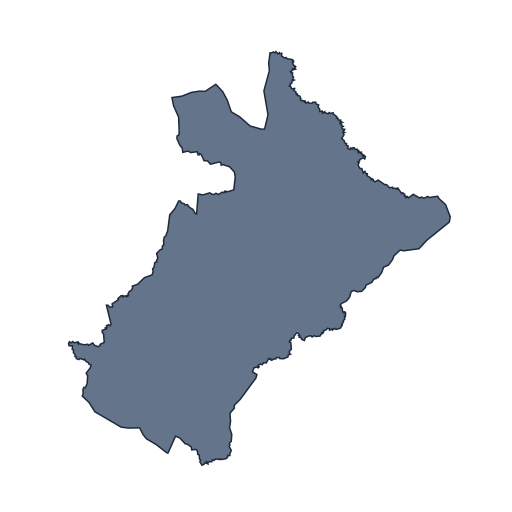 the district of Kut Chum, Yasothon, Thailand, rotated 82°
{"feature_id": "78962969B41263158681984", "entity_name": "Kut Chum", "entity_type": "district", "adm_level": 2, "iso_a3": "THA", "parent_name": "Thailand", "parent_adm1": "Yasothon", "projection": "orthographic", "projection_center": [104.274, 16.063], "detail": "fine", "context": "isolated", "style": "filled", "palette": "slate", "viewbox_px": 512, "rotation_deg": 82, "n_neighbors": 0, "source": "geoboundaries", "source_scale": "gbopen_adm2", "svg_char_len": 6096}
<svg xmlns="http://www.w3.org/2000/svg" viewBox="0 0 512 512"><g transform="rotate(82 256 256)"><path d="M249.3,59.8L244.1,58.2L231.5,61.1L224.9,66.6L222.1,67.8L222.2,76.3L220.9,77.6L222.2,81.7L220.6,83.9L221.4,85.7L216.8,91.7L219.6,96.8L218.3,97.8L219.0,98.6L217.8,99.2L218.5,99.6L216.9,100.7L215.6,100.2L213.8,101.9L214.4,103.1L208.6,106.0L209.5,106.8L209.2,107.7L208.6,107.2L208.0,111.2L206.9,111.2L207.0,114.3L203.5,116.7L203.2,118.6L197.8,124.5L199.1,127.8L197.4,129.6L196.5,129.3L195.6,130.3L196.4,131.3L194.4,131.8L191.9,134.9L190.0,134.3L189.7,135.7L187.3,136.4L188.7,138.2L184.1,139.1L183.8,140.8L182.0,141.7L179.6,142.2L178.2,141.0L177.0,142.1L176.4,140.2L175.3,140.1L174.3,138.3L174.0,136.3L175.0,134.8L172.9,133.8L171.7,134.6L172.1,135.7L171.0,135.6L171.3,136.7L169.2,136.8L169.0,137.9L167.8,137.4L167.9,139.1L166.4,139.5L167.7,140.2L164.3,141.0L164.5,142.9L162.7,143.4L162.2,144.8L163.1,145.2L162.4,146.8L163.1,146.4L162.8,147.4L163.7,148.0L162.1,150.3L159.9,149.4L158.8,151.3L157.5,150.6L156.2,152.4L153.8,152.7L151.6,154.8L148.1,151.9L145.7,152.7L145.8,151.4L145.2,152.2L143.1,151.8L143.7,151.0L142.9,150.5L142.2,152.9L140.3,153.2L139.8,151.6L138.2,153.3L137.0,152.9L136.8,154.3L135.1,154.1L135.4,152.2L134.2,153.6L133.3,153.2L132.6,155.7L131.1,155.6L130.6,157.1L129.5,156.5L125.8,159.9L124.9,159.7L125.1,162.6L124.1,163.5L125.2,164.8L123.5,167.9L123.7,169.5L122.9,168.6L123.2,170.3L121.7,170.2L121.8,172.8L119.5,172.5L116.9,173.8L115.2,172.9L113.6,175.5L111.3,175.5L112.2,175.9L111.6,178.2L112.7,179.5L111.9,182.3L110.8,182.8L111.5,185.2L109.3,185.8L109.1,186.5L110.1,186.6L108.4,188.3L108.5,189.6L107.5,190.4L106.4,189.6L103.7,190.4L102.9,192.3L101.4,192.5L101.7,193.5L98.7,193.8L97.5,195.6L95.5,194.4L95.2,197.5L92.2,198.3L92.3,199.2L89.9,197.6L90.1,196.7L87.8,195.9L87.1,193.7L86.3,195.2L84.2,193.9L82.6,194.9L79.8,194.3L79.3,195.9L78.1,196.2L78.0,195.0L75.9,193.8L76.8,193.2L76.6,191.6L76.0,192.8L75.3,190.7L74.1,191.3L73.7,190.5L72.2,192.3L69.2,192.9L69.1,191.8L68.1,191.6L67.9,192.6L66.6,192.5L65.0,197.6L63.6,198.6L63.9,200.0L61.6,202.8L58.8,202.3L59.0,204.5L58.0,204.6L58.9,206.1L56.4,207.8L57.5,208.6L56.3,210.4L57.2,212.5L56.7,213.8L66.8,216.6L74.4,217.0L93.6,225.2L117.9,224.5L131.4,229.8L131.3,232.6L126.4,243.8L116.0,252.7L109.8,260.4L97.6,262.8L88.6,266.1L80.4,271.9L85.9,283.5L84.9,288.8L85.0,297.1L87.4,307.2L87.4,317.2L95.8,316.7L107.7,313.3L123.4,314.9L125.7,315.9L126.1,317.4L128.7,318.0L135.7,316.0L138.8,314.1L143.2,314.0L142.6,308.9L144.5,306.1L144.5,299.8L147.8,299.3L147.9,297.9L146.8,297.5L148.0,296.0L154.4,294.2L155.0,290.8L158.8,288.3L157.8,279.5L158.8,277.9L161.3,277.8L160.8,276.3L163.9,269.8L169.9,265.7L174.9,265.6L187.4,268.8L188.5,275.3L187.7,276.6L188.5,277.5L187.6,277.9L188.7,278.8L188.1,280.6L189.9,284.6L188.3,287.0L189.2,288.8L188.8,291.0L187.0,292.9L188.1,300.1L186.5,304.6L206.1,309.0L205.6,310.2L201.1,311.9L198.6,315.1L195.6,316.8L195.6,319.1L194.1,320.0L192.9,322.7L191.1,323.1L190.7,324.9L197.6,329.5L203.2,335.7L218.6,339.9L223.6,342.6L224.5,344.2L227.8,345.4L232.1,345.7L232.8,347.1L236.2,348.1L236.4,349.9L239.6,354.1L244.3,353.5L246.8,355.2L248.0,355.0L248.4,357.2L252.9,358.5L254.4,360.2L257.0,360.0L260.2,361.5L261.9,369.5L267.6,377.3L268.6,382.7L270.5,382.7L272.5,384.1L273.5,386.4L275.6,388.0L277.1,387.8L277.2,389.2L278.0,388.7L278.4,389.8L277.3,391.1L278.0,393.7L276.7,393.3L276.6,395.3L279.0,398.7L280.1,398.3L283.4,405.2L286.4,405.0L286.3,407.9L284.1,409.5L283.9,411.0L303.5,409.0L304.9,410.3L303.4,411.4L304.3,413.9L305.8,413.4L306.3,415.2L307.3,414.2L308.2,418.7L310.3,418.9L311.8,417.8L320.4,418.3L321.8,422.7L323.0,422.9L323.8,425.1L321.9,428.4L319.4,429.8L321.2,434.4L320.0,434.9L320.0,438.6L318.0,443.6L318.6,444.1L317.1,444.8L317.2,443.6L316.3,444.0L316.6,448.2L315.2,449.4L316.3,451.1L314.9,452.7L316.5,453.8L318.8,453.7L319.6,450.2L322.9,451.0L323.7,449.8L326.3,450.3L328.5,448.8L330.4,449.3L331.1,447.8L332.6,448.2L333.9,445.9L333.0,444.5L334.9,440.9L334.2,440.3L337.0,438.8L338.3,436.7L340.0,436.4L341.0,434.5L343.7,435.7L348.4,440.5L351.2,439.4L358.9,441.0L362.7,443.3L362.1,444.6L363.9,445.9L368.7,446.4L370.5,447.6L377.8,441.7L387.8,437.3L406.7,413.4L408.6,406.4L410.0,395.1L416.9,392.8L421.7,390.0L429.0,380.9L438.8,371.4L438.9,370.6L423.2,360.7L425.7,356.7L432.3,352.1L432.4,350.7L435.9,346.8L439.1,346.6L439.1,342.8L440.4,341.2L444.3,341.3L445.2,339.9L449.3,340.2L450.4,339.2L451.9,340.3L455.7,338.6L454.9,336.3L453.6,335.4L455.1,332.7L453.0,333.3L454.0,331.8L453.1,330.7L453.6,328.5L451.8,327.5L452.6,326.2L451.3,324.0L452.4,320.9L451.8,319.9L452.7,319.2L452.6,314.0L451.1,311.9L449.7,311.8L449.9,309.6L448.6,309.7L445.1,307.5L440.9,309.1L439.7,308.2L437.8,308.5L436.1,306.3L429.3,304.8L422.4,306.1L416.2,304.2L408.2,303.7L403.5,298.5L401.0,298.5L395.6,291.4L376.9,273.1L373.5,271.6L370.2,275.6L366.4,273.5L366.1,270.5L367.1,269.4L366.2,268.3L364.7,269.2L363.6,266.9L364.5,264.9L362.8,263.4L363.3,260.7L359.3,257.7L360.2,256.7L359.8,255.8L360.8,255.9L361.5,254.9L360.5,253.0L360.7,250.7L359.6,250.4L359.6,247.3L360.9,246.7L361.6,243.1L360.4,238.4L358.6,237.9L358.0,235.5L357.3,236.4L355.1,236.2L353.1,233.9L346.3,233.6L345.8,234.9L344.5,234.4L344.2,233.0L342.6,232.7L342.4,229.8L340.8,229.6L338.0,226.7L338.2,225.1L340.4,223.8L340.8,224.8L341.3,224.0L342.4,224.5L342.8,223.1L345.1,222.2L346.4,219.9L343.5,218.3L342.6,215.1L342.6,212.8L344.0,211.7L343.0,209.3L344.0,208.0L344.2,203.7L342.0,201.9L342.0,200.8L341.1,201.2L340.8,199.6L339.2,199.4L338.9,196.7L337.5,195.4L338.1,193.4L339.7,193.5L338.9,190.9L340.0,190.6L338.6,188.4L339.9,187.0L339.2,182.5L336.3,180.1L335.5,180.7L333.5,178.5L332.0,178.6L331.2,177.0L327.9,176.7L328.3,175.9L325.2,175.2L324.3,175.4L324.7,176.6L323.6,176.3L323.4,178.0L319.6,177.8L318.7,179.5L317.8,178.6L316.8,179.6L314.9,177.9L313.1,172.6L309.9,169.1L304.4,166.6L303.8,163.9L305.5,160.7L305.7,156.2L302.4,152.0L300.2,151.2L298.2,144.9L295.3,142.6L295.1,140.2L293.9,139.8L294.4,138.2L289.8,133.8L284.8,131.2L283.5,126.2L278.7,121.4L275.1,119.4L271.0,113.6L270.2,112.1L271.4,109.0L271.5,93.6L264.0,84.4L249.3,59.8Z" fill="#64748b" stroke="#1e293b" stroke-width="1.5"/></g></svg>